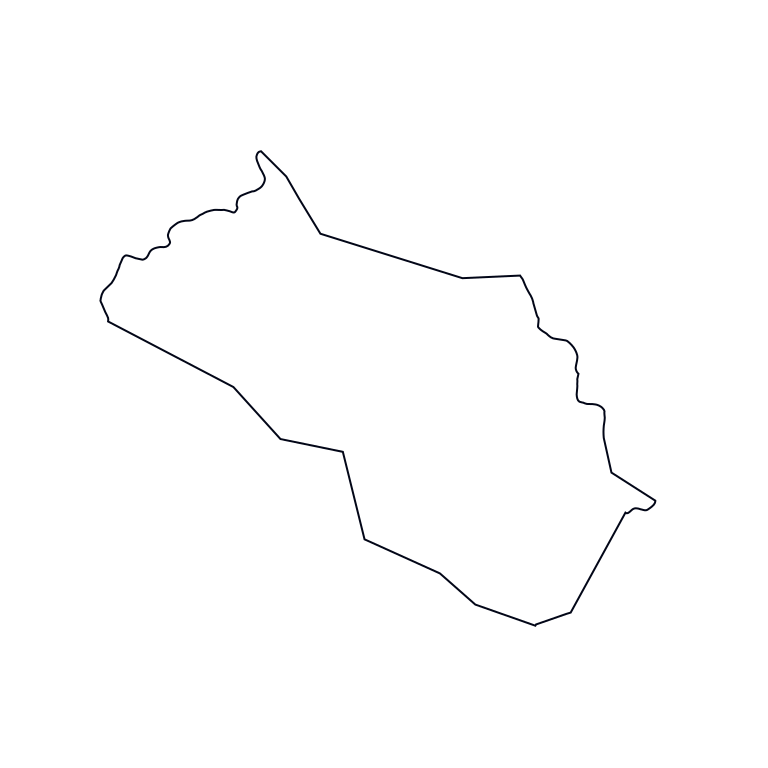 the district of Ilama, Santa Bárbara, Honduras, rotated 21°
{"feature_id": "27666195B62278865875513", "entity_name": "Ilama", "entity_type": "district", "adm_level": 2, "iso_a3": "HND", "parent_name": "Honduras", "parent_adm1": "Santa Bárbara", "projection": "orthographic", "projection_center": [-88.165, 15.052], "detail": "fine", "context": "isolated", "style": "outline", "palette": "ink", "viewbox_px": 768, "rotation_deg": 21, "n_neighbors": 0, "source": "geoboundaries", "source_scale": "gbopen_adm2", "svg_char_len": 6115}
<svg xmlns="http://www.w3.org/2000/svg" viewBox="0 0 768 768"><g transform="rotate(21 384 384)"><path d="M472.2,234.0L419.3,257.1L270.8,266.5L238.4,241.5L218.4,225.3L185.8,210.8L184.8,211.5L184.4,211.8L184.1,212.1L183.8,212.5L183.7,212.8L183.6,213.1L183.4,213.5L183.3,214.1L183.2,214.9L183.2,215.7L183.3,216.4L183.3,217.0L183.4,217.5L183.6,218.0L183.9,218.6L184.1,219.1L184.5,219.7L185.0,220.4L185.4,221.0L187.6,223.4L190.1,226.1L190.7,226.7L191.4,227.3L191.8,227.7L192.9,228.5L193.5,228.9L194.8,230.1L196.2,231.4L197.1,232.2L197.8,233.0L198.4,233.7L198.8,234.3L199.1,234.8L199.3,235.2L199.5,236.0L199.7,236.8L199.8,237.7L199.8,238.5L199.8,239.3L199.7,240.4L199.5,241.5L199.4,242.0L199.2,242.8L199.0,243.3L198.9,243.7L198.6,244.2L198.4,244.7L197.9,245.5L196.9,246.9L195.9,248.1L194.9,249.4L194.1,250.1L193.8,250.4L193.4,250.7L192.8,251.0L192.0,251.4L191.5,251.7L191.1,252.1L190.4,252.7L188.5,254.3L186.1,256.5L184.9,257.6L183.9,258.6L183.1,259.4L182.8,259.8L182.5,260.2L182.3,260.6L182.1,261.1L181.8,261.7L181.6,262.5L181.4,263.1L181.3,263.7L181.3,264.4L181.3,265.2L181.4,266.1L181.5,266.7L181.7,267.6L181.9,268.5L182.0,269.0L182.2,269.6L182.5,270.0L182.7,270.4L182.9,270.7L183.5,271.2L183.7,271.6L183.9,271.9L184.0,272.2L184.0,272.6L184.1,272.9L184.1,273.4L183.9,274.5L183.5,276.1L183.2,276.9L183.0,277.2L182.8,277.4L182.7,277.5L182.4,277.6L182.1,277.8L181.7,277.9L181.3,277.9L180.9,278.0L180.5,278.0L179.8,278.0L179.0,278.0L178.1,278.0L175.2,278.3L173.2,278.6L172.5,278.7L171.7,279.0L170.4,279.6L169.4,280.0L167.1,280.8L164.8,281.6L163.4,282.2L162.6,282.6L161.9,283.1L160.3,284.1L157.6,286.1L157.0,286.5L156.7,286.9L155.9,287.6L155.3,288.2L153.7,290.2L151.9,292.0L151.5,292.5L151.0,293.2L150.1,294.8L149.5,295.7L149.1,296.2L148.3,297.4L147.4,298.5L146.7,299.1L146.3,299.6L145.7,300.0L145.3,300.3L144.5,300.8L144.0,301.1L143.5,301.3L142.6,301.7L141.4,302.2L140.7,302.5L140.1,302.8L139.3,303.2L138.0,304.0L137.3,304.4L136.5,304.9L135.4,305.8L134.5,306.6L134.2,306.9L133.7,307.4L133.4,307.8L133.0,308.4L132.2,309.6L131.5,310.7L130.2,312.9L129.6,314.1L129.1,315.0L129.0,315.4L128.9,315.8L128.8,317.0L128.7,318.1L128.7,319.0L128.7,320.6L128.8,321.4L128.8,321.8L128.9,322.3L129.1,322.8L129.3,323.2L129.6,323.7L129.9,324.2L130.3,324.7L130.8,325.3L131.7,326.1L132.1,326.5L132.5,327.0L132.8,327.4L133.3,328.0L133.5,328.5L133.6,328.8L133.6,329.1L133.6,329.6L133.5,330.2L133.3,330.8L133.1,331.4L132.9,331.9L132.6,332.5L132.3,332.9L131.8,333.4L131.4,333.9L130.8,334.3L130.0,334.8L129.4,335.1L128.8,335.4L128.3,335.5L127.2,335.9L126.3,336.2L125.1,336.8L123.5,337.8L122.5,338.5L121.2,339.5L120.4,340.3L119.7,341.1L119.1,341.9L118.8,342.5L118.5,343.1L118.2,343.9L118.0,344.8L117.9,345.4L117.8,346.4L117.7,347.8L117.6,348.8L117.5,349.3L117.2,350.5L117.0,351.1L116.8,351.6L116.6,351.9L116.3,352.3L116.0,352.7L115.7,353.1L115.4,353.4L115.0,353.8L114.6,354.1L114.1,354.4L113.7,354.6L113.3,354.6L110.9,355.0L108.2,355.4L107.1,355.6L106.0,355.6L103.8,355.6L102.2,355.6L100.0,355.8L98.5,356.0L97.8,356.2L97.3,356.3L97.0,356.5L96.8,356.6L96.5,356.8L96.1,357.4L95.7,358.0L95.3,358.9L95.0,359.9L94.9,360.3L94.9,360.6L94.8,363.5L94.6,367.6L94.7,368.3L94.9,369.6L94.9,370.6L94.9,371.8L94.7,373.5L94.7,374.6L94.7,375.7L94.8,377.6L94.8,378.5L94.7,379.6L94.5,381.3L94.4,382.4L94.1,384.4L93.9,385.2L93.6,386.8L93.4,387.6L93.0,388.4L89.1,396.8L89.0,397.2L88.8,397.6L88.8,398.0L88.7,398.7L88.6,399.8L88.5,400.9L88.5,401.9L88.6,402.9L88.8,404.3L89.0,406.0L89.3,407.0L89.4,407.8L89.5,407.9L89.7,408.2L90.1,408.7L92.2,410.7L97.4,416.1L98.2,416.9L101.0,419.4L101.9,420.4L102.6,421.0L102.8,421.4L103.0,421.7L103.2,422.1L103.4,422.5L103.6,423.0L103.7,423.4L104.0,424.5L244.5,440.8L307.1,472.5L369.9,462.1L421.5,536.0L504.1,540.8L548.3,557.2L611.9,555.4L612.1,554.0L636.6,533.3L640.2,530.5L655.5,417.6L655.8,417.7L656.2,417.7L656.5,417.7L656.8,417.7L657.0,417.6L657.4,417.4L657.7,417.2L658.1,416.9L658.4,416.5L659.0,415.6L659.4,414.9L660.3,413.1L660.8,412.2L661.2,411.6L661.6,411.2L662.1,410.7L662.5,410.4L663.1,410.0L663.7,409.8L664.2,409.6L665.1,409.4L665.9,409.2L666.8,409.1L668.5,409.0L669.8,408.8L671.0,408.7L672.2,408.5L672.8,408.4L673.5,408.1L674.1,407.8L674.6,407.4L675.1,406.9L675.5,406.3L676.0,405.6L677.0,404.1L677.9,402.6L678.3,401.8L678.6,401.1L679.0,400.4L679.2,399.6L679.3,399.2L679.4,398.6L679.5,398.1L679.5,397.5L679.4,396.9L679.3,396.2L679.1,395.7L628.1,385.2L608.5,355.6L607.2,352.8L606.0,349.9L605.0,347.0L604.1,344.0L603.3,340.3L602.9,338.7L602.2,336.4L600.8,333.6L600.0,331.8L599.6,330.4L599.1,329.9L598.5,329.2L597.6,328.7L596.3,328.0L594.9,327.5L592.4,327.1L590.1,327.1L588.4,327.4L585.6,328.1L582.9,329.1L580.6,329.9L578.3,330.1L576.7,330.0L575.9,330.2L574.1,330.4L572.8,330.5L571.9,330.1L571.1,329.8L569.7,328.4L568.6,326.7L567.6,324.7L566.8,321.9L565.9,318.7L565.2,316.5L564.5,315.0L564.1,313.8L563.7,312.5L563.3,311.5L562.7,310.2L561.9,304.8L561.0,304.4L560.6,304.1L559.9,303.7L559.3,303.2L558.8,302.7L558.4,302.2L557.9,301.6L557.5,300.9L557.2,300.3L557.0,299.6L556.6,297.7L556.0,294.0L555.8,292.8L555.3,290.8L555.2,290.3L555.0,289.8L554.8,289.2L554.5,288.7L554.3,288.3L554.0,287.8L553.4,287.1L552.9,286.4L552.0,285.4L551.1,284.5L550.5,284.0L549.9,283.4L548.8,282.6L548.2,282.1L547.2,281.5L545.9,280.8L545.1,280.3L544.3,280.0L543.5,279.6L542.1,279.0L541.3,278.8L540.6,278.5L539.6,278.2L539.1,278.2L538.7,278.2L538.0,278.2L537.1,278.4L535.6,278.7L526.7,280.6L526.0,280.7L525.6,280.8L525.2,280.8L524.6,280.7L523.8,280.7L523.0,280.6L521.9,280.3L521.2,280.1L520.6,279.9L520.0,279.7L518.8,279.2L518.4,279.0L517.6,278.7L516.2,278.4L513.5,277.9L512.0,277.5L510.6,277.1L509.2,276.5L508.5,276.2L507.9,275.9L507.5,275.6L507.4,275.4L507.2,275.2L507.1,274.9L506.9,274.2L506.3,272.0L506.0,270.8L505.2,268.4L505.1,267.9L504.9,267.6L504.6,267.3L504.4,267.0L503.5,266.4L502.8,265.9L502.5,265.5L502.0,265.0L495.3,256.1L494.6,255.2L493.7,253.7L493.1,253.0L492.2,251.8L491.2,250.7L490.1,249.7L489.3,248.9L487.7,247.7L485.4,245.8L483.2,243.9L482.1,242.9L481.1,241.9L479.8,240.6L478.6,239.3L476.9,237.5L476.1,236.7L475.6,236.3L475.2,236.0L474.7,235.7L473.3,234.8L472.7,234.4L472.2,234.0Z" fill="none" stroke="#020617" stroke-width="2"/></g></svg>